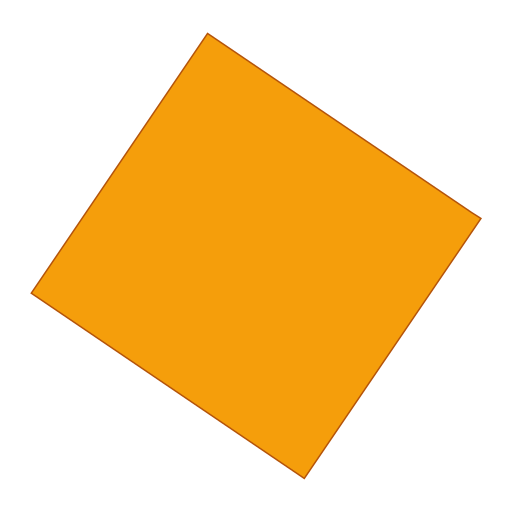 Sheridan, Kansas, United States of America (Robinson projection), rotated 34°
{"feature_id": "52423323B35369935479840", "entity_name": "Sheridan", "entity_type": "district", "adm_level": 2, "iso_a3": "USA", "parent_name": "United States of America", "parent_adm1": "Kansas", "projection": "robinson", "projection_center": [-100.445, 39.35], "detail": "fine", "context": "isolated", "style": "filled", "palette": "amber", "viewbox_px": 512, "rotation_deg": 34, "n_neighbors": 0, "source": "geoboundaries", "source_scale": "gbopen_adm2", "svg_char_len": 236}
<svg xmlns="http://www.w3.org/2000/svg" viewBox="0 0 512 512"><g transform="rotate(34 256 256)"><path d="M90.5,412.5L420.4,413.4L421.5,99.1L410.5,99.4L91.4,98.6L90.5,412.5Z" fill="#f59e0b" stroke="#b45309" stroke-width="1.5"/></g></svg>